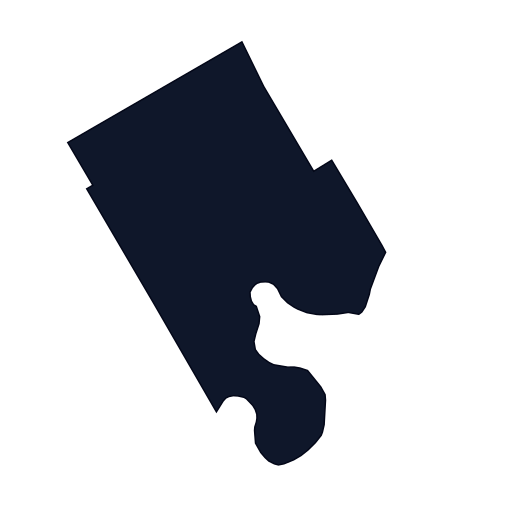 Vanderburgh, Indiana, United States of America (Natural Earth projection), rotated 329°
{"feature_id": "52423323B71593821490385", "entity_name": "Vanderburgh", "entity_type": "district", "adm_level": 2, "iso_a3": "USA", "parent_name": "United States of America", "parent_adm1": "Indiana", "projection": "natural_earth1", "projection_center": [-87.601, 37.997], "detail": "fine", "context": "isolated", "style": "filled", "palette": "ink", "viewbox_px": 512, "rotation_deg": 329, "n_neighbors": 0, "source": "geoboundaries", "source_scale": "gbopen_adm2", "svg_char_len": 1224}
<svg xmlns="http://www.w3.org/2000/svg" viewBox="0 0 512 512"><g transform="rotate(329 256 256)"><path d="M153.1,61.8L152.6,111.3L145.5,111.2L144.0,243.4L141.8,369.2L153.1,363.4L157.0,362.2L160.4,362.5L164.6,364.0L168.5,366.7L173.0,371.0L174.3,373.5L176.3,382.5L176.3,387.2L175.2,392.1L173.3,395.5L170.8,398.5L166.9,402.0L164.9,404.8L159.2,416.2L158.9,427.0L160.0,433.5L161.4,438.4L164.7,443.6L167.6,446.6L172.9,448.5L183.3,450.1L191.8,450.2L200.9,449.0L210.7,446.6L219.5,443.3L222.2,441.2L227.5,435.7L241.3,415.4L243.8,410.4L244.1,401.6L241.2,380.7L236.1,374.8L231.7,371.0L225.8,367.5L215.1,358.3L212.3,354.0L209.6,347.9L207.7,341.8L207.2,335.9L210.2,328.2L215.8,322.5L223.7,315.6L227.9,309.9L230.3,299.3L228.8,296.5L228.8,292.3L230.1,288.0L232.2,283.9L236.5,281.3L240.0,280.2L242.8,279.9L244.5,280.3L246.3,280.6L250.7,282.9L253.6,285.0L256.5,289.3L257.7,295.1L256.9,304.0L259.0,312.3L262.3,319.4L264.6,323.2L270.5,330.8L277.9,337.3L280.4,339.0L282.8,340.5L295.9,347.7L306.1,351.9L314.1,358.9L317.8,358.5L323.5,355.8L333.3,347.3L337.0,343.2L356.0,328.0L369.0,319.6L369.4,312.0L370.1,262.7L370.2,212.9L349.1,213.1L349.5,164.1L349.9,114.7L354.2,65.2L153.1,61.8Z" fill="#0f172a" stroke="#020617" stroke-width="1.5"/></g></svg>